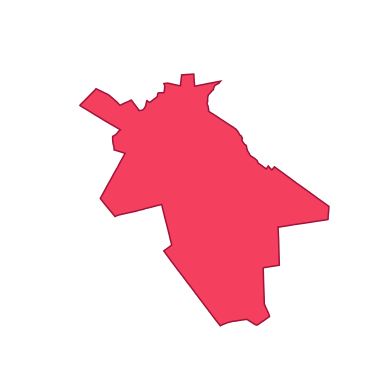 the district of Mereni, Teleorman, Romania, rotated 292°
{"feature_id": "2599482B71654647483987", "entity_name": "Mereni", "entity_type": "district", "adm_level": 2, "iso_a3": "ROU", "parent_name": "Romania", "parent_adm1": "Teleorman", "projection": "orthographic", "projection_center": [25.652, 44.232], "detail": "fine", "context": "isolated", "style": "filled", "palette": "rose", "viewbox_px": 384, "rotation_deg": 292, "n_neighbors": 0, "source": "geoboundaries", "source_scale": "gbopen_adm2", "svg_char_len": 5896}
<svg xmlns="http://www.w3.org/2000/svg" viewBox="0 0 384 384"><g transform="rotate(292 192 192)"><path d="M217.3,328.1L217.6,328.4L220.9,327.2L224.7,326.1L230.0,324.3L230.3,322.9L233.4,310.1L235.5,301.9L236.7,296.9L237.0,296.1L237.2,294.9L239.4,285.6L241.4,278.0L243.6,269.4L246.2,259.0L244.4,258.4L243.3,258.1L242.6,257.9L242.4,257.8L242.4,257.7L243.6,255.0L244.7,253.0L241.2,252.3L243.4,243.5L243.4,243.3L243.4,243.0L243.4,242.7L243.5,242.4L244.3,241.8L245.5,240.7L245.8,239.9L246.2,238.7L246.5,238.0L246.8,236.1L247.1,235.4L247.2,235.0L247.2,233.8L247.7,232.6L248.0,231.9L248.1,231.7L249.0,230.7L250.1,229.4L250.9,227.9L251.3,227.9L251.8,227.6L252.1,227.4L252.5,226.9L253.5,226.0L253.9,226.0L254.3,225.7L255.3,225.0L255.8,224.1L255.8,223.9L255.8,223.2L255.9,222.9L256.4,222.1L257.0,221.1L258.2,219.4L258.5,219.1L258.9,218.8L259.3,218.7L259.6,218.8L259.8,218.8L260.2,218.8L260.4,218.5L261.0,218.3L261.1,218.2L261.6,217.4L261.9,217.2L262.3,216.8L262.6,216.3L262.7,216.1L262.7,215.8L262.7,215.3L262.8,215.1L263.0,214.6L263.7,213.9L264.3,213.0L264.6,212.6L265.0,212.3L265.5,211.5L265.9,210.6L266.4,209.9L266.7,209.2L266.8,208.9L266.9,208.5L267.0,207.5L267.0,207.3L267.1,207.1L267.5,206.6L267.5,206.1L267.8,204.3L267.9,203.8L267.9,203.7L268.1,202.7L268.3,201.6L268.6,200.0L268.8,198.9L269.0,198.0L269.8,194.2L270.1,192.6L270.2,191.9L270.4,190.8L270.7,189.6L270.8,189.1L271.6,185.3L271.7,184.4L272.1,182.6L272.5,180.0L273.1,177.2L273.2,176.9L274.4,176.8L274.6,176.7L275.6,175.9L276.1,175.7L276.6,175.4L276.8,175.2L277.4,174.8L278.2,174.3L278.7,173.6L279.2,173.2L279.5,172.9L279.8,172.8L280.0,172.7L280.5,172.6L281.4,172.7L281.9,172.6L282.2,172.5L283.1,172.0L286.4,170.9L286.7,170.9L288.2,170.9L289.0,171.1L291.5,172.1L291.8,172.2L292.4,172.3L293.4,172.7L294.0,173.1L294.6,173.4L294.8,173.5L295.0,173.5L295.5,173.3L296.1,173.2L296.8,173.2L297.9,173.0L298.1,173.1L299.6,173.5L299.9,173.7L300.9,174.6L302.1,175.5L302.6,176.0L303.2,176.3L303.4,176.4L304.4,176.6L305.2,176.9L305.5,177.0L300.2,168.8L298.2,165.6L296.2,162.7L292.5,156.9L291.9,156.1L291.2,154.8L291.8,154.4L292.5,154.1L293.8,153.5L296.0,152.3L296.6,152.1L297.9,151.5L298.6,151.0L300.2,150.4L302.0,149.5L301.2,147.8L300.1,145.6L299.4,143.9L297.7,140.6L297.6,140.3L296.7,138.5L296.4,138.7L295.3,138.9L293.6,139.4L291.7,139.9L290.8,140.2L289.3,140.5L287.7,141.0L287.1,141.3L286.4,141.6L286.2,141.6L286.2,141.4L285.9,140.2L285.8,139.9L285.4,137.8L285.2,136.4L285.1,136.0L284.8,134.3L284.4,131.5L284.3,131.2L284.1,129.8L284.0,129.5L283.9,129.0L283.8,128.7L283.3,127.7L283.0,127.0L282.9,126.7L282.4,126.0L282.0,125.3L281.1,126.2L280.7,126.6L279.9,127.1L277.9,127.7L276.8,128.1L276.1,128.4L276.0,128.2L273.7,128.9L271.5,124.0L271.3,123.8L271.2,123.6L270.7,123.4L270.2,123.4L269.0,123.7L268.1,124.0L267.9,124.1L267.4,124.0L267.2,123.9L266.5,123.5L265.4,123.0L263.3,121.7L262.6,121.2L261.6,120.7L260.1,119.7L259.1,119.0L259.3,118.5L259.5,117.6L259.7,116.8L260.0,116.0L259.9,115.9L259.7,115.9L258.8,116.0L258.2,116.2L257.4,116.2L254.9,116.7L254.4,116.7L253.5,116.7L251.1,116.3L250.7,116.1L250.2,115.9L249.9,115.7L249.4,115.2L249.0,114.8L248.7,114.5L248.6,114.3L248.2,113.5L248.0,112.9L247.7,112.2L247.8,111.9L248.0,111.8L248.3,111.7L248.5,111.5L248.9,110.6L249.4,109.9L252.4,104.8L253.3,103.4L254.5,101.2L253.2,100.0L252.2,99.2L250.2,97.2L246.9,94.1L246.0,93.3L245.8,93.1L245.7,92.8L245.6,92.5L245.6,92.3L247.1,89.2L247.3,88.8L247.6,87.7L248.1,86.5L248.3,85.7L248.5,85.1L248.8,84.4L249.1,83.6L249.6,82.1L249.9,81.1L250.3,80.1L250.7,78.7L250.8,78.3L250.9,77.2L251.1,76.1L251.0,74.3L251.2,73.7L251.2,72.7L251.3,72.0L251.5,68.5L251.5,67.9L251.7,66.7L251.8,64.3L251.2,64.2L250.8,64.1L246.3,62.2L235.2,57.6L231.1,55.8L230.5,55.6L230.4,55.6L230.2,55.8L230.1,56.0L229.7,58.4L229.5,59.4L229.1,61.9L229.1,62.5L228.9,63.5L228.4,66.7L228.2,67.4L228.2,68.0L228.1,68.5L227.9,69.1L227.9,69.4L227.7,70.6L227.6,71.3L227.3,72.7L227.0,74.5L226.7,77.1L226.5,77.9L226.4,78.8L226.2,79.7L226.1,80.7L225.9,81.4L225.4,84.6L225.0,87.3L225.0,88.0L224.7,89.4L224.5,90.5L224.3,92.0L224.2,92.4L224.1,93.7L223.7,96.6L223.0,101.3L222.8,102.4L221.4,101.5L220.5,101.1L219.0,100.7L217.9,100.4L217.1,100.0L215.5,99.0L214.4,98.1L213.9,97.6L212.4,98.1L210.7,98.9L209.7,99.4L208.1,100.2L207.6,100.5L203.9,103.1L202.8,103.6L201.8,104.1L201.9,104.3L202.0,105.5L202.4,110.4L202.6,112.7L202.8,115.4L200.5,115.2L194.0,114.4L189.5,113.9L188.7,113.9L187.4,113.7L186.3,113.7L185.3,113.4L178.1,112.5L175.3,112.2L174.0,112.1L173.9,112.0L173.6,112.0L168.4,111.3L151.6,109.4L148.0,115.8L140.4,129.8L142.7,132.0L146.1,136.8L153.5,147.6L155.6,150.2L157.1,152.5L157.6,153.2L158.5,154.2L158.8,154.4L161.8,158.7L166.0,164.3L169.0,168.6L158.1,176.4L154.2,179.3L147.3,184.4L144.9,186.1L144.7,186.3L143.4,187.2L141.6,188.4L138.8,190.5L135.4,192.9L134.6,192.7L126.8,187.9L119.9,199.0L116.2,205.2L114.3,208.3L114.1,208.5L113.7,209.4L111.7,212.7L111.3,213.5L107.6,219.6L105.9,222.4L102.2,228.7L101.5,229.8L100.5,231.6L100.0,232.3L99.7,232.7L99.4,233.3L98.6,234.6L98.2,235.3L96.0,238.9L94.4,241.7L93.8,242.6L88.2,252.0L87.8,252.5L86.8,254.4L85.9,255.8L84.7,257.8L82.2,261.9L81.4,263.4L80.1,265.6L79.6,266.6L78.6,268.0L78.5,268.3L79.5,269.2L80.3,269.9L81.0,270.5L82.4,272.1L84.1,273.8L86.9,277.6L87.3,278.1L88.2,279.8L88.8,281.0L91.1,284.7L91.6,285.5L92.7,287.5L93.6,289.0L94.4,290.5L94.4,291.1L94.3,291.6L92.9,299.1L92.7,300.6L92.7,300.8L92.7,301.2L92.9,301.9L93.2,302.3L93.5,302.7L99.0,306.2L98.9,306.3L102.1,308.3L105.6,310.5L106.1,310.2L107.3,309.2L109.7,306.8L112.3,304.0L114.1,302.2L114.8,301.4L115.1,301.0L115.4,300.8L115.5,300.9L121.0,298.5L136.2,291.7L141.2,289.6L148.1,286.5L148.3,286.5L148.5,286.6L150.9,290.5L156.8,300.4L171.0,294.2L177.9,291.2L182.0,289.4L187.0,287.1L188.9,286.2L190.4,285.6L191.8,284.9L192.2,286.1L194.7,290.2L197.2,294.4L199.5,298.0L203.0,304.1L204.7,307.0L206.8,310.6L208.7,313.8L211.4,318.2L216.8,327.5L217.3,328.1Z" fill="#f43f5e" stroke="#9f1239" stroke-width="1.5"/></g></svg>